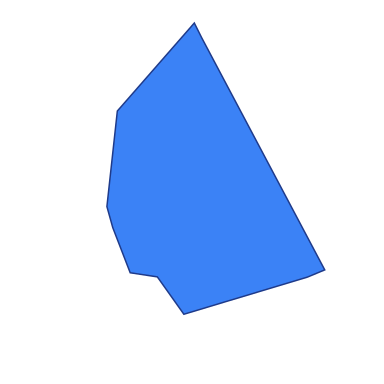 Sullivan, Pennsylvania, United States of America (Equal Earth projection), rotated 56°
{"feature_id": "52423323B85598258379777", "entity_name": "Sullivan", "entity_type": "district", "adm_level": 2, "iso_a3": "USA", "parent_name": "United States of America", "parent_adm1": "Pennsylvania", "projection": "equal_earth", "projection_center": [-76.467, 41.433], "detail": "fine", "context": "isolated", "style": "filled", "palette": "blue", "viewbox_px": 384, "rotation_deg": 56, "n_neighbors": 0, "source": "geoboundaries", "source_scale": "gbopen_adm2", "svg_char_len": 309}
<svg xmlns="http://www.w3.org/2000/svg" viewBox="0 0 384 384"><g transform="rotate(56 192 192)"><path d="M330.8,125.5L69.5,97.7L53.2,95.6L83.1,208.6L156.5,270.7L177.2,277.6L224.4,288.4L243.0,268.2L288.8,267.1L301.4,226.5L327.1,143.9L330.8,125.5Z" fill="#3b82f6" stroke="#1e3a8a" stroke-width="1.5"/></g></svg>